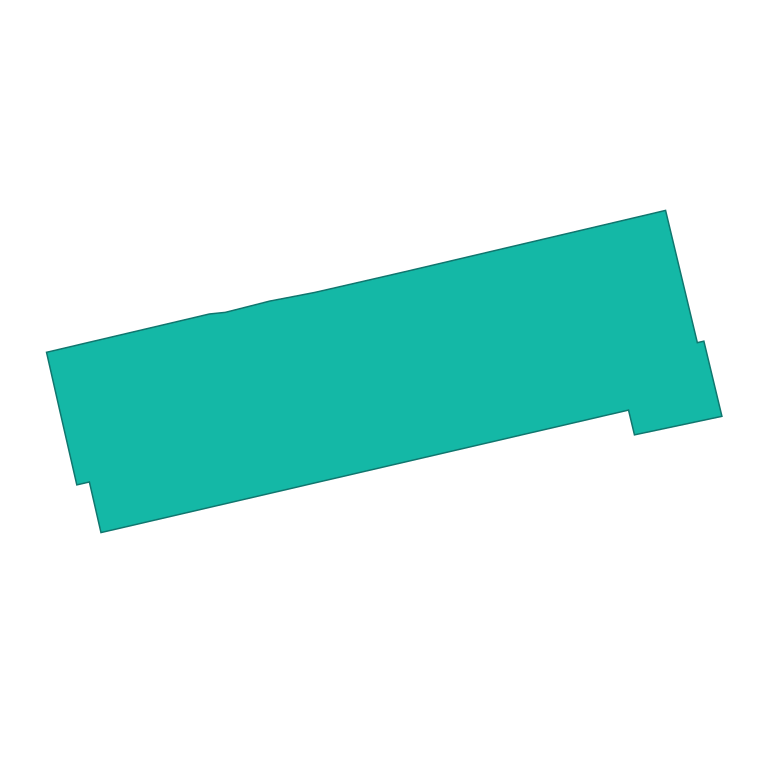 Pennington, Minnesota, United States of America (Natural Earth projection), rotated 347°
{"feature_id": "52423323B40299711092463", "entity_name": "Pennington", "entity_type": "district", "adm_level": 2, "iso_a3": "USA", "parent_name": "United States of America", "parent_adm1": "Minnesota", "projection": "natural_earth1", "projection_center": [-96.089, 48.054], "detail": "fine", "context": "isolated", "style": "filled", "palette": "teal", "viewbox_px": 768, "rotation_deg": 347, "n_neighbors": 0, "source": "geoboundaries", "source_scale": "gbopen_adm2", "svg_char_len": 369}
<svg xmlns="http://www.w3.org/2000/svg" viewBox="0 0 768 768"><g transform="rotate(347 384 384)"><path d="M62.3,277.2L62.1,335.5L62.0,413.2L74.9,413.2L74.8,465.1L616.4,464.4L616.6,489.9L706.0,491.5L705.3,414.2L698.6,414.2L697.4,278.2L425.8,279.3L337.0,279.2L291.4,277.5L245.5,278.5L229.6,276.5L62.3,277.2Z" fill="#14b8a6" stroke="#0f766e" stroke-width="1.5"/></g></svg>